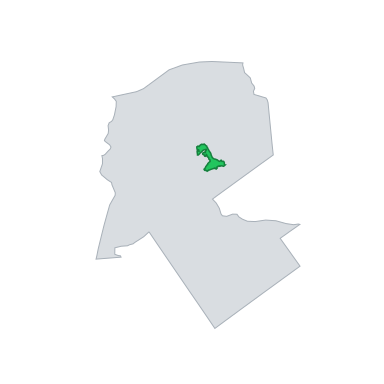 Uspantán, Quiché, Guatemala (highlighted), rotated 144°
{"feature_id": "79465075B86057243605305", "entity_name": "Uspantán", "entity_type": "district", "adm_level": 2, "iso_a3": "GTM", "parent_name": "Guatemala", "parent_adm1": "Quiché", "projection": "orthographic", "projection_center": [-90.797, 15.482], "detail": "fine", "context": "in_parent", "style": "filled", "palette": "green", "viewbox_px": 384, "rotation_deg": 144, "n_neighbors": 0, "source": "geoboundaries", "source_scale": "gbopen_adm2", "svg_char_len": 5785}
<svg xmlns="http://www.w3.org/2000/svg" viewBox="0 0 384 384"><g transform="rotate(144 192 192)"><path d="M74.9,266.5L76.4,265.0L77.7,261.4L79.3,257.7L78.4,253.4L77.8,250.0L79.7,245.0L79.5,241.2L80.4,238.9L83.1,237.4L84.5,234.5L76.9,224.6L77.0,222.3L78.0,219.5L84.2,209.0L91.6,196.4L99.7,182.6L104.5,174.2L122.2,174.3L133.8,174.3L148.6,174.3L164.7,174.3L175.3,174.3L179.6,174.2L178.9,168.7L179.5,162.7L181.4,157.3L181.4,154.9L178.2,151.9L172.1,150.2L168.7,147.6L168.7,144.3L167.2,140.4L164.3,135.7L158.2,130.9L148.9,126.0L141.0,119.4L134.5,111.2L129.0,105.8L124.8,103.6L123.8,102.4L136.2,102.6L147.9,102.7L148.0,90.9L148.1,80.4L148.2,68.5L169.4,68.5L194.7,68.5L220.9,68.4L241.5,68.3L253.7,68.2L253.2,82.9L252.7,100.0L252.4,112.5L251.9,129.2L251.4,146.3L250.7,169.6L250.2,184.7L250.5,185.0L257.4,184.2L267.7,184.8L270.2,184.7L273.4,186.0L275.8,186.4L281.1,189.7L287.2,192.2L291.1,187.0L289.0,183.9L287.4,182.4L287.7,181.0L309.1,194.1L306.6,196.2L301.3,201.1L291.5,209.4L282.7,216.8L274.3,223.5L266.7,229.5L265.8,230.1L256.1,234.5L254.5,236.5L252.5,244.9L251.5,247.0L253.3,251.7L255.1,258.9L254.6,262.7L247.9,267.4L244.8,271.6L243.5,274.4L242.3,273.7L240.2,273.5L235.4,274.5L233.0,274.8L231.1,276.0L230.9,278.6L232.2,282.8L232.7,285.0L231.4,286.0L225.4,288.6L223.1,291.1L220.9,295.0L218.3,296.7L215.6,296.4L213.6,297.0L209.5,299.9L203.3,305.6L200.0,309.8L200.0,312.9L200.6,315.8L178.0,305.8L170.5,304.1L138.7,304.3L125.1,300.4L109.6,292.8L99.2,285.9L74.9,266.5Z" fill="#d9dde1" stroke="#a8b0b8" stroke-width="1"/><path d="M158.2,224.9L158.3,224.9L158.6,224.9L158.9,224.9L159.2,224.7L159.4,224.6L159.5,224.6L159.9,225.0L160.1,225.6L160.3,225.7L160.5,225.7L160.9,225.6L161.0,225.6L161.6,225.7L162.0,225.1L162.3,224.6L162.4,224.3L162.6,223.9L162.8,223.4L163.0,223.1L162.9,223.0L161.8,222.3L162.0,221.7L162.1,221.4L162.3,220.9L162.9,221.3L163.7,221.8L163.9,221.9L164.2,221.6L164.5,221.0L164.6,220.8L165.7,218.8L165.8,218.7L165.6,218.5L165.5,218.4L165.4,218.3L165.2,218.3L164.6,218.3L164.4,218.4L163.7,218.4L163.4,218.5L162.8,218.7L161.7,218.8L160.5,218.9L159.8,219.0L159.4,219.1L158.4,219.2L157.8,219.1L157.1,218.9L156.8,218.8L156.5,218.5L156.4,218.5L156.2,218.4L155.8,218.4L155.7,218.4L155.4,218.2L155.5,217.9L155.6,217.7L155.8,217.5L156.2,217.3L156.4,217.3L156.8,217.2L157.2,217.1L157.4,217.0L157.5,216.8L157.5,216.7L157.6,216.4L157.9,216.1L158.0,216.1L158.3,216.1L158.5,216.4L158.5,216.7L158.5,216.8L158.8,216.8L159.1,216.8L159.4,217.0L159.6,217.1L159.8,217.1L160.1,217.1L160.7,216.9L160.8,216.8L161.0,216.6L161.0,216.4L161.1,216.2L161.0,215.9L160.8,215.4L160.7,215.2L160.3,214.6L160.4,214.3L160.4,214.2L160.7,213.7L160.6,213.4L160.4,213.1L160.2,213.1L159.9,213.0L159.5,213.1L159.4,213.2L159.2,213.3L158.8,213.6L158.7,213.7L158.5,213.8L158.5,213.7L158.3,213.6L158.3,213.4L158.3,213.1L158.4,212.9L158.5,212.5L158.7,212.4L158.8,212.2L158.8,211.8L158.8,211.2L158.6,210.8L158.3,210.5L158.3,210.3L158.3,210.1L158.8,209.3L158.9,209.0L159.0,208.7L159.0,208.3L158.7,207.9L158.6,207.6L158.6,207.4L158.6,207.1L158.8,206.9L159.2,206.7L159.3,206.6L159.2,206.5L159.1,206.4L159.2,206.2L159.5,206.0L159.8,206.0L161.0,206.0L161.4,205.9L161.7,205.9L162.0,205.8L162.5,205.7L162.8,205.5L162.8,205.4L163.0,205.1L163.4,205.0L163.7,205.0L164.0,205.1L164.7,204.8L165.1,204.6L165.6,204.6L166.0,204.4L166.2,204.2L166.3,204.2L167.0,203.9L167.4,203.5L167.7,203.4L168.1,203.4L168.4,203.3L168.6,203.4L168.8,203.4L168.9,203.2L168.9,202.8L169.0,202.8L169.0,202.7L169.0,202.2L168.7,202.2L168.5,201.9L168.2,201.7L168.1,201.4L168.1,201.1L168.1,200.9L167.9,200.7L167.6,200.6L167.4,200.5L167.3,200.4L167.3,200.2L167.5,200.1L167.5,199.9L167.4,199.9L167.0,199.8L166.8,199.8L166.5,199.8L166.3,199.8L166.2,199.9L165.9,199.9L165.7,199.9L165.4,199.9L165.3,199.7L165.2,199.6L164.7,199.5L164.5,199.4L164.2,199.4L163.7,199.3L163.4,199.2L163.0,199.1L162.7,199.0L162.3,198.8L162.2,198.8L161.7,198.7L161.3,198.5L161.1,198.5L160.6,198.2L160.3,198.2L160.1,198.1L159.9,198.2L159.6,198.1L159.4,198.0L159.4,197.8L159.4,197.7L159.6,197.4L159.5,197.1L159.3,196.9L159.2,196.9L159.0,197.0L158.9,197.1L158.7,197.1L158.7,196.9L158.8,196.8L158.9,196.7L158.8,196.3L158.7,196.3L158.5,196.7L158.4,196.7L158.2,196.7L157.9,196.6L157.9,196.8L157.7,196.9L157.6,197.0L157.4,197.3L157.2,197.2L157.1,197.3L157.1,197.5L156.9,197.5L156.6,197.5L156.4,197.6L156.2,197.6L156.1,197.4L155.9,197.5L155.7,197.4L155.3,197.4L154.8,197.3L154.7,197.2L154.6,196.9L154.4,196.9L154.2,196.8L154.2,196.7L154.3,196.7L154.5,196.5L154.4,196.4L154.2,196.4L153.9,196.3L153.6,196.2L153.2,196.2L152.2,195.3L151.4,194.3L151.3,194.2L151.2,194.2L149.2,194.4L149.4,194.6L149.6,195.1L149.6,195.3L149.4,195.6L149.0,196.2L148.8,196.4L148.7,196.6L148.5,197.3L148.4,197.6L148.4,198.1L148.5,198.2L148.5,198.3L148.7,198.5L148.9,198.6L149.1,198.8L149.7,199.0L149.8,199.1L149.9,199.5L149.6,200.3L149.7,200.6L149.8,200.6L150.1,200.7L150.8,200.6L151.1,200.5L151.4,200.5L151.6,200.5L152.0,201.0L152.2,201.3L152.3,201.4L152.3,201.5L152.4,201.8L152.5,202.7L152.6,203.1L153.0,203.4L153.1,203.5L153.3,204.0L153.4,204.4L153.5,204.6L153.8,204.8L154.1,205.0L154.4,205.4L154.5,205.5L155.0,206.5L155.1,207.0L155.2,207.3L155.2,207.8L155.3,207.9L155.3,208.4L155.2,208.6L155.1,208.9L155.1,209.0L155.0,209.3L154.9,209.9L154.9,210.3L154.7,210.8L154.6,211.0L154.4,211.3L154.3,211.7L154.2,212.0L154.1,212.3L154.0,212.9L154.0,213.6L154.0,214.0L154.0,215.5L153.8,216.3L153.8,216.7L153.7,217.7L153.6,218.1L153.4,218.7L153.5,219.6L153.4,219.9L153.4,220.0L153.2,220.2L153.1,220.3L153.1,220.6L153.4,221.0L153.5,221.4L153.6,221.7L153.6,222.3L153.8,223.0L154.0,223.7L154.3,223.7L154.8,223.7L155.0,224.0L155.6,224.3L155.7,224.6L156.0,224.8L156.2,225.0L156.3,225.0L156.5,225.0L156.8,225.1L157.1,225.1L157.4,224.9L157.5,224.9L157.7,225.0L157.8,225.1L158.2,224.9Z" fill="#22c55e" stroke="#15803d" stroke-width="1.5"/></g></svg>